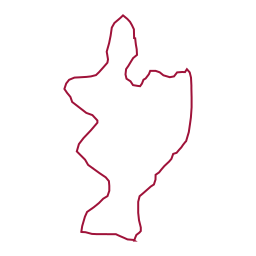 Goygol District, Xanlar, Azerbaijan
{"feature_id": "54616110B13615645655589", "entity_name": "Goygol District", "entity_type": "district", "adm_level": 2, "iso_a3": "AZE", "parent_name": "Azerbaijan", "parent_adm1": "Xanlar", "projection": "equal_earth", "projection_center": [46.326, 40.553], "detail": "fine", "context": "isolated", "style": "outline", "palette": "rose", "viewbox_px": 256, "rotation_deg": 0, "n_neighbors": 0, "source": "geoboundaries", "source_scale": "gbopen_adm2", "svg_char_len": 1706}
<svg xmlns="http://www.w3.org/2000/svg" viewBox="0 0 256 256"><path d="M137.0,54.9L136.9,52.9L136.7,49.2L135.9,44.7L135.5,41.5L135.2,38.3L134.1,38.1L133.9,29.3L131.9,25.1L130.0,21.8L127.3,18.9L123.9,16.1L123.0,15.4L120.4,17.9L114.4,23.0L111.8,27.6L110.6,35.8L109.1,43.2L106.7,51.7L107.1,53.9L108.0,59.4L107.4,62.7L103.4,67.3L99.1,72.1L96.0,75.1L90.9,76.4L86.5,76.9L79.9,77.3L74.4,77.6L69.1,79.8L66.2,83.5L64.4,88.9L64.5,89.1L67.1,92.9L70.4,96.9L72.2,102.0L86.3,112.9L92.4,115.1L97.4,120.5L97.4,122.7L90.8,130.4L83.5,138.1L78.9,144.1L76.8,151.4L85.1,159.7L88.1,164.9L99.6,173.2L105.7,177.3L108.9,181.1L109.3,185.8L109.3,190.8L107.5,196.1L103.2,198.7L99.0,203.0L93.7,207.3L87.1,211.9L84.9,216.8L82.2,226.1L81.3,231.9L81.6,232.0L85.5,232.2L91.9,233.9L96.2,234.1L103.0,234.1L109.1,234.2L110.1,234.2L115.9,234.2L118.2,235.3L120.0,236.1L124.2,237.9L125.5,238.5L127.5,239.4L133.2,239.9L134.3,240.6L134.2,240.6L135.2,237.7L136.4,234.9L139.4,232.6L140.8,231.0L140.8,227.5L139.0,220.2L138.2,212.8L138.2,207.1L138.2,201.8L139.6,196.2L142.6,193.7L148.1,188.9L150.8,186.5L153.9,184.5L155.5,179.6L155.6,174.8L159.1,172.4L161.3,169.6L164.3,166.1L167.8,162.8L169.0,161.7L171.4,158.9L173.2,153.9L176.6,152.8L179.2,149.7L181.3,147.4L183.0,144.9L185.2,142.1L186.1,141.2L188.8,132.1L189.9,124.7L190.9,117.4L191.6,107.4L191.6,97.3L191.4,88.8L191.4,85.6L191.0,77.6L189.7,72.4L186.9,69.2L185.0,72.1L182.1,72.0L177.1,72.4L174.0,76.4L169.8,77.2L163.4,75.3L159.7,72.3L155.7,70.9L150.2,70.9L148.9,74.2L145.6,78.5L143.5,79.7L141.9,83.7L141.5,84.2L140.1,86.2L137.7,85.9L136.5,85.7L133.0,85.1L130.5,81.3L126.5,78.7L125.5,74.4L126.1,69.1L128.3,66.0L131.3,61.0L133.2,58.0L137.0,54.9Z" fill="none" stroke="#9f1239" stroke-width="2"/></svg>